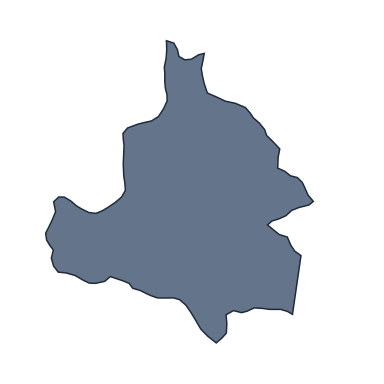 outline of Serrana, São Paulo, Brazil, rotated 286°
{"feature_id": "56859067B60558189940827", "entity_name": "Serrana", "entity_type": "district", "adm_level": 2, "iso_a3": "BRA", "parent_name": "Brazil", "parent_adm1": "São Paulo", "projection": "orthographic", "projection_center": [-47.608, -21.215], "detail": "fine", "context": "isolated", "style": "filled", "palette": "slate", "viewbox_px": 384, "rotation_deg": 286, "n_neighbors": 0, "source": "geoboundaries", "source_scale": "gbopen_adm2", "svg_char_len": 1675}
<svg xmlns="http://www.w3.org/2000/svg" viewBox="0 0 384 384"><g transform="rotate(286 192 192)"><path d="M144.4,61.7L135.5,66.3L126.2,65.3L118.4,63.9L112.0,62.7L105.7,65.5L101.5,70.0L98.0,74.7L89.7,75.0L82.7,79.3L78.1,85.5L79.5,93.3L79.5,102.8L77.2,111.8L76.1,118.3L77.6,124.5L82.1,132.8L88.2,136.8L87.9,142.7L87.6,149.9L86.8,156.7L83.1,161.6L83.1,169.1L81.9,175.4L81.0,181.6L80.7,188.1L83.0,196.5L85.1,203.4L85.1,209.8L81.6,217.2L76.4,223.6L72.1,228.3L62.6,238.3L57.7,246.9L53.6,256.9L60.0,261.1L65.8,263.9L75.0,261.8L83.3,258.6L89.4,264.5L89.7,272.9L92.6,277.8L97.7,283.7L99.4,291.1L100.6,299.2L103.6,309.6L103.5,316.7L102.1,322.3L160.9,314.3L163.4,307.2L168.0,301.7L175.0,296.0L175.2,287.5L178.1,280.6L181.2,273.7L186.2,276.9L190.0,282.8L195.2,288.9L201.8,292.9L206.6,299.1L211.8,308.1L216.4,311.2L221.1,304.3L227.4,299.1L231.6,295.4L234.9,289.3L234.7,282.2L237.5,275.4L238.6,267.8L249.3,265.2L257.6,264.5L263.4,254.7L266.9,248.2L272.1,244.5L276.9,237.6L280.2,230.5L283.9,226.2L287.9,220.0L289.2,209.2L288.5,199.1L289.9,190.6L291.4,179.5L299.5,173.9L305.6,170.5L313.1,166.9L321.4,166.3L328.6,165.6L325.8,160.6L319.4,154.7L317.1,148.6L318.7,142.1L324.9,138.7L330.1,133.5L330.4,125.7L321.8,128.5L313.3,130.3L304.3,131.0L297.8,133.4L290.9,135.3L284.6,137.7L278.5,141.2L272.7,143.0L264.2,141.7L255.2,138.9L249.1,133.4L245.6,126.9L242.3,121.3L235.8,112.4L229.2,109.5L223.0,111.7L217.9,113.9L212.4,115.2L205.7,116.8L200.0,118.2L194.8,119.9L187.9,122.3L181.8,125.1L175.3,127.5L167.8,125.7L161.1,121.3L154.2,115.6L149.2,110.9L145.0,105.6L143.8,98.6L145.3,90.5L146.8,84.8L149.9,78.1L151.9,70.7L150.5,65.3L144.4,61.7Z" fill="#64748b" stroke="#1e293b" stroke-width="1.5"/></g></svg>